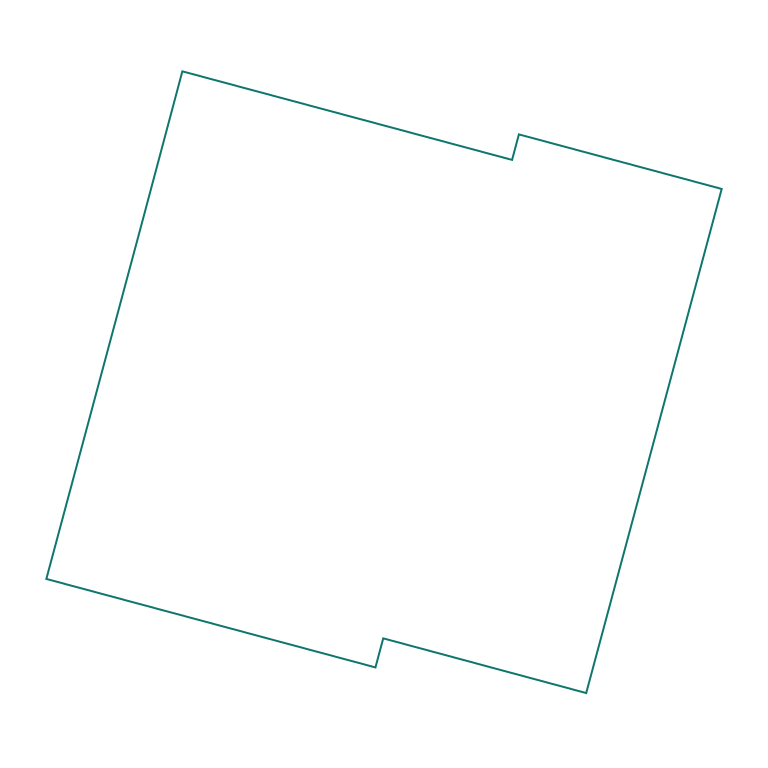 the district of Rolette, North Dakota, United States of America, rotated 285°
{"feature_id": "52423323B96885116348169", "entity_name": "Rolette", "entity_type": "district", "adm_level": 2, "iso_a3": "USA", "parent_name": "United States of America", "parent_adm1": "North Dakota", "projection": "mercator", "projection_center": [-99.803, 48.772], "detail": "fine", "context": "isolated", "style": "outline", "palette": "teal", "viewbox_px": 768, "rotation_deg": 285, "n_neighbors": 0, "source": "geoboundaries", "source_scale": "gbopen_adm2", "svg_char_len": 310}
<svg xmlns="http://www.w3.org/2000/svg" viewBox="0 0 768 768"><g transform="rotate(285 384 384)"><path d="M633.8,108.3L632.9,108.3L475.4,108.5L121.3,108.3L108.3,108.3L108.0,449.1L138.1,449.1L137.8,659.3L659.8,659.7L660.0,449.7L633.6,449.7L633.8,108.3Z" fill="none" stroke="#0f766e" stroke-width="2"/></g></svg>